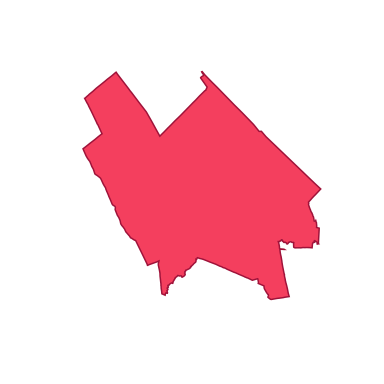 outline of Branistea, Mehedinti, Romania, rotated 223°
{"feature_id": "2599482B17311395711946", "entity_name": "Branistea", "entity_type": "district", "adm_level": 2, "iso_a3": "ROU", "parent_name": "Romania", "parent_adm1": "Mehedinti", "projection": "albers", "projection_center": [22.991, 44.246], "detail": "fine", "context": "isolated", "style": "filled", "palette": "rose", "viewbox_px": 384, "rotation_deg": 223, "n_neighbors": 0, "source": "geoboundaries", "source_scale": "gbopen_adm2", "svg_char_len": 5819}
<svg xmlns="http://www.w3.org/2000/svg" viewBox="0 0 384 384"><g transform="rotate(223 192 192)"><path d="M183.3,283.0L184.3,282.1L192.6,283.3L193.7,283.4L209.6,284.2L220.1,284.5L244.8,285.7L251.9,285.9L262.4,286.4L266.7,287.0L266.9,286.5L265.5,286.0L263.8,285.7L263.5,285.6L263.3,285.4L263.2,285.1L263.1,284.7L263.5,283.3L263.7,282.1L263.7,281.6L263.6,281.4L263.4,281.3L254.3,279.4L252.6,279.1L252.4,278.8L251.8,277.1L251.7,276.6L251.3,275.7L251.6,275.1L251.7,274.8L251.8,271.7L252.0,267.2L252.0,261.6L252.2,257.6L252.2,256.4L252.6,239.7L253.0,232.6L253.1,227.1L253.3,222.4L253.4,216.3L253.5,214.5L253.6,210.9L261.0,213.3L268.5,215.8L280.0,219.4L284.8,220.2L289.1,220.9L291.0,221.2L304.0,223.5L306.5,223.8L308.8,224.3L327.3,227.4L329.2,227.9L329.3,227.6L329.5,226.1L329.9,222.3L330.8,216.9L331.2,213.5L332.8,202.5L333.1,198.4L333.8,193.3L333.8,192.5L333.8,192.0L334.0,190.7L334.0,190.4L334.1,189.5L334.2,187.7L334.4,187.3L329.6,185.6L327.4,185.0L326.5,184.5L321.0,182.5L308.9,177.7L308.6,177.6L308.2,177.3L307.5,177.1L307.0,177.1L297.5,173.2L297.8,171.6L298.3,168.4L298.8,164.2L299.3,161.2L299.8,158.3L300.7,152.1L301.2,149.3L298.8,148.2L294.1,146.2L291.2,145.3L288.6,144.8L287.7,144.7L285.0,143.5L282.8,142.4L279.7,141.4L276.1,139.4L275.6,139.1L275.2,139.0L274.6,139.0L272.7,139.4L269.3,139.7L268.5,139.7L267.5,139.4L266.9,139.2L262.6,137.4L260.1,136.6L258.5,136.2L258.1,136.1L257.0,135.4L254.5,134.2L253.9,134.0L252.6,133.4L250.8,132.6L249.9,132.1L246.3,130.6L242.2,128.7L241.3,128.5L240.7,128.5L238.9,128.9L238.4,128.9L237.8,128.6L237.4,128.3L237.1,128.0L236.5,127.0L236.1,126.7L235.6,126.4L230.8,124.1L228.1,123.4L226.3,122.6L225.0,122.0L222.9,120.5L222.0,120.0L221.5,119.9L220.4,119.6L219.1,119.5L216.4,119.0L215.7,118.8L214.4,118.2L213.0,117.7L209.1,117.3L207.9,117.2L205.7,116.6L204.6,117.0L202.0,117.4L201.2,117.6L200.4,118.0L199.9,118.0L196.0,116.5L185.0,112.3L176.0,108.8L174.0,107.7L174.2,108.0L174.3,108.7L170.1,116.8L169.7,117.8L169.2,119.0L168.6,118.0L167.6,116.4L166.7,115.5L162.5,112.6L160.1,110.8L158.0,108.7L153.1,104.5L152.0,103.6L151.0,102.5L150.2,101.9L148.8,100.5L146.5,98.7L144.6,97.0L141.3,98.2L141.6,98.6L141.7,98.9L142.0,99.2L142.2,100.2L142.2,100.5L141.4,100.8L141.0,101.1L141.1,101.4L141.2,101.6L141.5,101.7L142.2,102.2L142.9,102.8L143.1,102.9L143.0,103.4L143.1,104.1L143.2,104.4L143.3,104.5L143.8,104.5L144.5,104.7L144.7,105.0L144.6,105.4L144.4,105.8L144.4,106.3L144.5,106.4L145.0,106.6L145.4,106.7L145.8,107.0L145.9,107.5L145.3,108.1L145.5,108.6L145.4,109.0L145.5,109.4L145.4,109.8L145.3,110.3L145.0,111.4L144.6,111.9L144.3,112.0L144.3,111.8L144.1,111.8L143.8,112.1L144.6,113.6L144.8,113.8L144.8,114.1L144.9,115.0L145.2,115.6L145.1,115.9L145.2,116.3L145.5,117.0L145.4,117.3L145.5,117.5L145.8,117.8L145.6,118.3L145.6,119.2L145.6,119.5L145.4,119.7L145.4,120.3L145.5,121.2L145.3,121.4L144.3,121.8L143.9,122.0L143.5,122.6L142.5,123.4L142.4,123.4L142.2,123.2L141.7,122.8L141.1,123.0L140.9,123.6L140.5,125.0L140.4,126.1L140.6,126.6L140.7,127.0L141.1,127.2L141.3,127.3L141.4,127.5L141.5,127.6L142.1,127.7L142.1,127.9L142.4,128.7L142.9,128.9L142.9,129.4L142.8,130.1L143.2,130.5L142.9,131.0L142.4,132.3L141.7,134.0L141.6,134.6L141.6,135.3L141.7,135.5L141.5,135.8L141.6,136.1L142.0,136.4L142.1,136.7L142.0,137.1L141.8,137.3L141.9,137.6L141.8,138.0L141.8,138.4L141.7,139.6L141.8,141.0L141.6,142.2L141.6,142.3L141.6,142.5L141.5,143.2L141.7,143.8L141.9,143.9L142.3,144.6L143.3,145.5L142.7,145.8L142.7,146.0L143.3,147.6L143.1,147.8L140.7,148.8L139.8,149.4L137.9,150.4L137.6,150.5L133.5,152.1L131.1,153.0L125.3,155.4L120.9,156.8L119.8,157.4L118.8,157.7L118.1,157.8L117.1,158.2L116.6,158.6L114.8,159.2L114.1,159.3L110.4,160.6L106.9,161.8L105.1,162.6L103.6,163.1L102.8,163.4L102.0,163.6L100.2,164.3L99.6,164.5L96.6,165.6L95.1,166.0L94.6,166.3L93.5,166.6L92.9,167.0L87.7,168.6L84.8,173.4L84.7,173.4L82.0,171.4L81.4,170.7L81.2,170.3L79.6,170.9L75.7,172.3L75.3,172.4L74.0,171.2L73.5,170.9L73.1,170.6L68.9,169.3L67.1,168.9L66.8,168.9L66.5,169.0L66.2,169.0L65.5,168.4L65.2,167.8L64.8,166.9L64.6,166.8L61.6,167.0L60.8,167.4L57.2,172.2L55.5,174.2L53.3,176.9L52.3,178.4L49.6,181.8L52.7,183.7L56.1,186.2L59.4,188.4L61.2,189.5L62.1,190.0L62.5,190.4L63.2,190.8L64.3,191.7L66.8,193.4L67.5,194.0L67.9,194.3L67.9,194.5L69.4,195.4L75.1,199.5L78.6,202.2L79.1,202.7L83.2,205.8L83.9,206.2L86.3,208.0L88.2,209.6L88.3,209.8L88.3,210.1L88.3,210.3L88.2,210.5L86.6,211.9L85.4,212.8L85.2,213.0L85.7,212.9L86.1,212.6L88.6,210.6L89.2,210.3L89.7,210.6L90.7,211.6L92.0,212.6L93.7,213.8L95.1,214.6L94.8,214.9L94.3,215.3L94.2,215.5L94.3,216.2L94.2,216.4L93.7,216.7L93.7,216.9L94.0,218.0L93.7,218.3L93.4,218.4L92.8,218.4L92.4,218.0L92.0,217.8L91.6,217.9L91.2,218.0L90.8,217.8L90.5,217.8L90.2,217.9L90.0,218.2L89.8,218.7L89.6,218.8L88.3,219.1L87.9,219.0L87.6,218.7L87.0,218.8L86.9,218.9L86.7,219.3L86.7,220.0L86.8,220.2L86.8,220.6L86.9,221.1L86.8,221.4L86.5,221.8L86.5,222.1L85.8,223.0L85.5,223.2L84.5,223.3L84.0,223.7L83.6,224.2L83.1,224.4L82.3,223.3L80.5,221.5L79.9,221.0L79.3,221.1L78.6,221.4L76.1,223.8L75.7,224.2L74.3,225.4L73.1,226.9L72.5,227.5L71.4,228.4L70.8,229.1L68.7,231.0L66.1,233.1L68.7,236.5L68.9,236.9L68.7,237.3L68.7,237.9L68.9,238.1L68.7,238.3L68.1,238.7L68.1,238.9L68.1,239.2L68.3,239.3L69.0,239.5L69.3,239.9L69.0,240.2L67.5,240.4L66.8,240.5L65.6,240.4L65.3,240.1L65.3,239.9L65.2,239.4L64.9,239.3L64.1,240.4L64.3,240.4L66.1,242.5L67.1,243.7L69.2,246.2L71.7,249.2L74.3,252.3L76.7,251.0L77.6,252.2L80.3,254.6L80.9,254.7L81.4,255.0L81.5,255.2L82.0,255.5L81.9,255.1L82.0,254.7L82.8,254.1L86.1,256.6L87.1,256.9L87.7,257.2L88.0,257.5L90.2,258.5L91.8,258.9L93.2,259.7L94.6,260.3L97.1,261.6L98.3,262.4L98.6,262.7L98.9,263.4L99.9,264.0L99.9,266.8L100.0,269.3L100.0,272.1L99.9,274.3L99.9,280.4L99.9,282.0L108.5,282.0L175.7,282.9L182.6,283.7L182.8,283.6L183.3,283.0Z" fill="#f43f5e" stroke="#9f1239" stroke-width="1.5"/></g></svg>